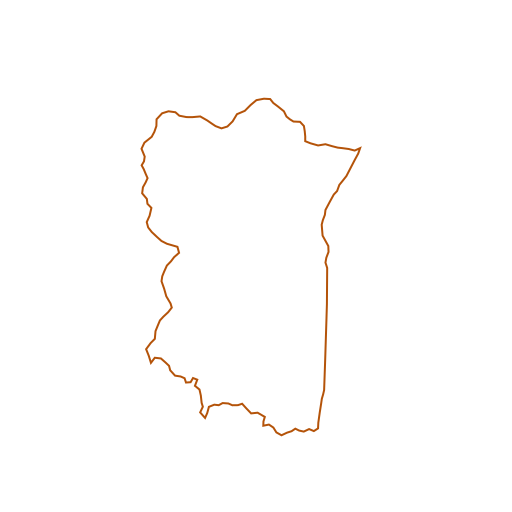 Irapuã, São Paulo, Brazil (orthographic projection), rotated 227°
{"feature_id": "56859067B51888643984498", "entity_name": "Irapuã", "entity_type": "district", "adm_level": 2, "iso_a3": "BRA", "parent_name": "Brazil", "parent_adm1": "São Paulo", "projection": "orthographic", "projection_center": [-49.395, -21.274], "detail": "fine", "context": "isolated", "style": "outline", "palette": "amber", "viewbox_px": 512, "rotation_deg": 227, "n_neighbors": 0, "source": "geoboundaries", "source_scale": "gbopen_adm2", "svg_char_len": 2103}
<svg xmlns="http://www.w3.org/2000/svg" viewBox="0 0 512 512"><g transform="rotate(227 256 256)"><path d="M262.8,112.1L256.1,109.5L249.5,106.3L250.6,112.6L245.9,116.6L239.8,117.2L235.0,117.5L230.9,115.3L223.7,115.2L219.3,118.7L215.3,120.4L211.2,118.5L208.3,122.1L209.7,126.7L205.6,128.7L202.7,122.8L196.9,123.6L191.6,120.5L185.7,116.1L182.0,114.3L179.7,108.5L172.3,108.3L174.4,113.2L177.8,118.7L175.7,124.1L172.3,127.0L171.2,131.3L167.0,135.2L163.0,136.9L159.2,141.1L157.4,145.1L151.1,145.0L144.2,145.1L140.3,150.3L132.3,152.7L129.9,148.6L126.9,145.6L123.9,150.5L118.7,151.7L113.1,150.6L107.5,152.4L105.6,158.3L103.6,162.5L102.9,167.0L98.9,168.5L95.0,171.2L93.2,176.8L88.5,178.9L87.6,183.8L91.6,187.9L98.0,195.8L103.8,203.2L106.7,206.8L109.0,210.7L111.5,214.4L132.1,235.0L161.1,263.8L172.4,275.0L198.7,299.9L203.8,302.3L206.8,306.3L209.5,311.8L214.0,315.7L225.5,318.6L229.8,322.0L234.1,325.4L236.6,329.3L239.1,334.4L242.3,338.2L245.2,346.6L247.9,354.8L248.2,359.6L251.2,365.5L251.8,370.0L252.8,376.6L255.8,385.0L259.0,394.0L261.2,400.6L263.9,405.7L265.8,400.1L271.0,396.8L275.9,392.8L279.5,389.7L284.5,386.5L290.4,383.0L294.5,376.8L301.3,372.7L306.4,370.3L309.8,373.5L314.1,376.8L318.4,379.7L324.1,379.7L328.8,375.1L332.9,374.0L337.2,373.4L342.8,375.1L350.5,374.0L356.1,373.0L361.1,373.4L365.6,369.1L369.7,362.6L370.1,355.0L369.8,346.8L372.7,338.8L370.4,330.7L370.2,323.4L372.9,317.8L378.6,315.0L382.8,314.0L388.3,312.8L396.1,310.4L401.0,304.1L405.0,299.9L410.9,295.6L416.1,295.1L421.5,290.7L424.4,284.7L423.8,276.5L419.0,271.8L416.1,266.3L414.3,261.0L415.0,251.7L412.5,245.4L404.6,242.4L401.6,238.6L400.3,234.2L396.0,233.1L391.5,231.4L386.9,229.8L385.1,225.5L383.4,220.2L379.5,215.5L372.2,215.1L368.2,212.2L362.5,212.3L358.0,205.6L355.3,199.2L350.4,196.6L344.5,196.1L337.0,196.6L331.5,197.1L325.7,199.2L316.3,204.8L310.8,201.9L311.0,195.3L310.1,190.2L309.8,184.3L307.1,177.9L305.1,173.6L302.0,169.7L294.7,166.5L287.7,162.9L279.5,161.1L275.7,159.2L274.8,153.4L274.8,146.8L274.4,141.8L272.1,136.7L269.6,131.3L264.4,125.5L264.2,119.7L262.8,112.1Z" fill="none" stroke="#b45309" stroke-width="2"/></g></svg>